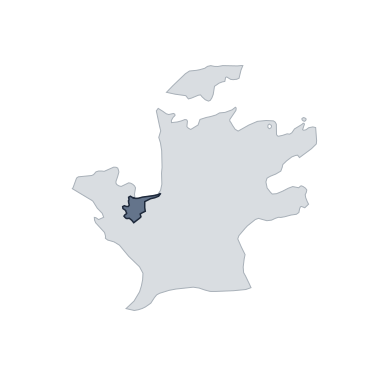 Biləsuvar on a map of Azerbaijan (Natural Earth projection), rotated 123°
{"feature_id": "AZE-1698", "entity_name": "Biləsuvar", "entity_type": "District", "adm_level": 1, "iso_a3": "AZE", "parent_name": "Azerbaijan", "parent_adm1": "", "projection": "natural_earth1", "projection_center": [48.455, 39.509], "detail": "fine", "context": "in_parent", "style": "filled", "palette": "slate", "viewbox_px": 384, "rotation_deg": 123, "n_neighbors": 0, "source": "natural_earth", "source_scale": "10m", "svg_char_len": 3937}
<svg xmlns="http://www.w3.org/2000/svg" viewBox="0 0 384 384"><g transform="rotate(123 192 192)"><path d="M254.4,294.2L253.1,294.1L243.2,296.4L241.2,295.6L232.8,285.1L231.0,284.0L227.4,283.5L225.3,281.8L223.5,279.0L222.5,276.9L213.8,271.2L212.6,269.1L212.4,267.3L213.7,265.6L215.1,264.2L219.4,262.8L224.3,261.6L225.9,260.7L226.7,259.2L226.7,256.8L225.9,254.4L218.8,250.1L218.0,248.2L217.8,245.9L218.2,243.5L219.3,241.6L225.1,239.1L228.2,236.4L226.3,233.5L220.0,226.8L212.6,219.4L207.7,219.3L201.9,221.5L192.8,227.8L187.7,230.5L181.1,235.0L173.9,239.9L168.0,245.2L164.3,249.6L157.8,251.5L154.4,255.1L143.4,266.1L140.3,265.9L140.2,260.5L140.4,256.2L139.7,253.7L136.2,250.3L136.1,248.8L137.1,247.9L139.8,248.5L143.3,248.3L145.0,247.0L141.3,242.5L138.0,239.5L135.2,237.5L134.5,236.2L134.5,235.4L135.1,234.4L140.0,231.9L140.5,229.6L140.2,227.1L132.5,223.4L126.8,224.8L121.7,220.6L118.4,217.3L114.4,213.9L110.7,212.0L107.2,207.6L101.2,203.1L97.3,201.8L97.3,201.1L98.1,200.3L99.7,199.6L110.6,199.8L111.9,199.0L112.6,197.1L114.1,194.2L115.9,190.0L115.8,186.5L104.9,180.8L97.1,175.6L91.6,168.7L88.0,162.4L88.1,160.2L89.2,158.2L97.8,152.4L98.4,150.9L98.2,149.9L95.2,146.9L91.4,143.9L90.3,141.6L87.9,140.5L83.3,140.4L75.4,136.6L73.8,136.2L73.4,135.5L73.8,134.7L79.5,133.2L79.4,131.9L77.7,130.3L74.5,129.1L71.6,126.1L70.6,123.4L81.0,115.5L84.0,113.9L90.7,115.4L104.6,120.6L103.6,123.5L105.0,125.1L108.2,127.4L114.3,129.6L119.5,130.8L122.1,129.8L126.1,128.9L131.3,131.5L136.0,134.8L138.4,136.1L139.7,136.6L143.3,135.5L147.7,131.2L149.5,126.1L150.0,123.6L147.4,120.2L142.2,116.6L136.4,113.3L132.6,110.5L130.3,104.8L127.9,104.2L127.2,103.5L126.9,101.6L127.0,98.9L127.8,96.8L130.2,95.9L132.6,95.6L134.8,93.6L137.5,89.8L138.7,87.6L143.8,88.8L144.5,92.3L145.4,93.0L147.5,92.6L151.0,91.2L153.8,92.3L157.4,96.4L162.3,100.8L165.0,103.7L166.1,105.7L168.6,107.7L172.3,110.0L175.3,113.6L177.9,121.9L180.6,123.9L190.2,127.1L193.6,127.7L203.0,128.9L206.4,128.1L211.2,120.8L215.6,113.4L219.7,111.8L227.1,108.2L231.5,104.8L233.4,101.2L237.6,94.3L240.1,90.4L244.5,93.8L252.0,103.2L262.8,118.4L265.5,122.7L267.2,127.8L268.7,133.8L271.2,139.2L282.2,152.7L287.0,157.7L294.7,164.1L297.5,165.6L301.1,166.0L307.7,166.0L313.8,168.5L316.8,170.3L320.0,172.9L322.8,175.9L325.7,183.8L315.0,181.2L304.3,181.6L298.3,183.3L292.5,185.6L286.8,188.9L283.3,195.3L280.4,210.1L276.1,223.9L276.3,230.3L278.2,236.5L278.0,239.4L276.0,240.6L273.6,243.3L270.3,256.0L268.6,258.5L266.5,260.1L265.9,258.6L266.0,255.3L261.3,252.3L258.8,255.6L257.2,262.6L253.7,270.0L253.6,271.4L254.4,294.2ZM96.4,163.7L96.9,161.7L95.5,160.8L94.1,160.8L92.9,161.7L92.9,164.2L94.5,164.7L96.4,163.7ZM60.6,221.4L59.0,219.4L58.3,218.2L63.1,217.3L71.0,214.5L73.1,215.9L75.4,218.7L76.5,221.0L76.6,225.5L77.6,226.2L81.4,224.7L83.1,226.5L86.0,228.6L91.1,230.7L98.5,227.4L102.2,226.6L105.2,226.6L106.8,227.7L107.4,231.1L106.7,235.4L105.9,237.7L107.4,239.4L113.4,243.5L115.9,245.7L114.6,249.7L119.1,259.3L120.5,263.0L122.3,267.7L113.1,265.9L96.5,262.0L91.9,260.0L87.6,254.6L85.1,252.0L81.3,248.7L78.2,247.4L75.8,245.1L74.5,241.7L72.6,238.6L69.2,235.0L61.6,222.7L60.6,221.4ZM71.5,139.1L70.5,139.8L68.9,139.1L68.4,137.6L68.6,136.0L70.1,135.6L71.4,136.1L71.8,137.5L71.5,139.1Z" fill="#d9dde1" stroke="#a8b0b8" stroke-width="1"/><path d="M228.5,237.8L229.0,237.7L227.9,235.5L226.6,233.7L223.3,230.8L215.3,221.4L212.4,218.8L211.4,218.2L210.8,218.0L210.8,217.5L213.7,217.7L217.1,220.1L220.2,223.1L225.8,226.4L230.9,223.1L233.6,220.7L236.3,222.3L238.7,223.5L240.6,221.3L242.7,221.7L244.8,222.5L247.1,223.3L249.5,224.1L248.5,227.2L248.2,230.3L249.2,231.4L250.0,232.7L249.8,234.3L249.3,235.9L248.1,235.9L247.0,235.6L246.2,235.2L245.4,235.2L244.9,235.9L244.4,236.8L243.7,237.4L243.6,238.3L243.5,240.9L242.0,242.2L240.4,241.3L239.9,239.2L238.8,237.5L237.1,237.5L235.7,239.1L234.0,240.5L233.0,240.6L232.1,241.1L231.6,241.8L230.9,242.3L229.1,241.4L229.0,238.6L228.5,237.8Z" fill="#64748b" stroke="#1e293b" stroke-width="1.5"/></g></svg>